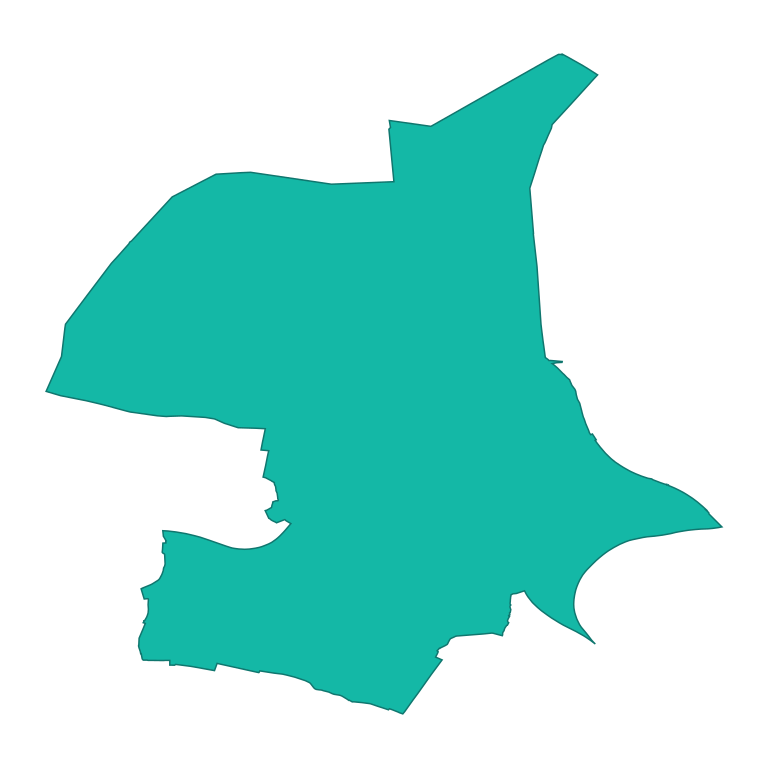 outline of Arnhem, Gelderland, Netherlands
{"feature_id": "6326949B83148599629942", "entity_name": "Arnhem", "entity_type": "district", "adm_level": 2, "iso_a3": "NLD", "parent_name": "Netherlands", "parent_adm1": "Gelderland", "projection": "robinson", "projection_center": [5.9, 52.006], "detail": "fine", "context": "isolated", "style": "filled", "palette": "teal", "viewbox_px": 768, "rotation_deg": 0, "n_neighbors": 0, "source": "geoboundaries", "source_scale": "gbopen_adm2", "svg_char_len": 6025}
<svg xmlns="http://www.w3.org/2000/svg" viewBox="0 0 768 768"><path d="M562.2,54.1L562.1,54.8L561.4,54.6L560.2,54.4L558.5,54.4L548.1,60.0L498.9,87.8L431.2,126.2L430.6,126.3L389.3,120.5L390.5,127.5L388.9,129.2L389.1,131.2L393.9,181.7L331.4,184.2L250.6,172.3L241.3,172.7L216.0,174.2L172.2,196.9L131.3,241.2L130.4,241.6L129.8,242.1L129.4,242.8L128.9,243.8L117.7,256.4L111.3,263.4L87.1,295.4L65.5,324.2L64.9,328.1L61.5,356.5L46.1,391.4L60.7,395.7L81.5,399.8L86.1,400.7L97.6,403.4L103.3,404.8L126.2,411.0L130.2,412.0L157.3,415.8L166.3,416.5L169.2,416.3L181.6,415.9L205.3,417.4L214.5,418.9L224.4,423.3L238.1,427.7L255.1,428.2L265.3,428.7L263.1,439.4L262.7,441.1L261.0,450.0L268.7,450.7L267.5,456.1L265.6,465.8L265.1,468.0L263.1,477.1L265.5,477.7L271.6,480.9L271.8,481.2L274.3,482.5L274.2,483.0L274.6,484.6L275.0,485.4L275.3,485.9L275.6,486.8L276.0,489.7L276.0,490.7L277.1,493.1L277.7,497.4L277.7,498.1L277.8,498.7L278.3,500.0L278.0,500.7L277.3,500.8L275.9,500.8L275.4,501.0L273.9,501.5L272.9,501.9L273.0,502.3L272.7,502.6L272.6,503.4L272.0,505.1L271.5,507.5L266.7,510.2L265.2,510.6L268.8,518.3L269.8,518.7L270.4,519.4L271.7,520.3L273.0,521.0L275.6,522.2L276.5,522.8L284.7,519.6L284.9,519.6L286.0,520.7L290.9,523.6L285.2,530.3L283.2,532.5L279.8,536.0L277.5,538.1L275.9,539.4L272.1,542.1L270.9,542.8L268.5,544.0L264.3,545.7L261.9,546.6L259.2,547.4L255.4,548.2L249.8,549.0L248.6,549.1L244.6,549.3L241.2,549.1L238.9,549.0L235.1,548.5L232.6,548.1L230.7,547.6L226.3,546.2L209.7,540.4L200.2,537.2L194.2,535.6L188.3,534.2L185.7,533.6L176.2,532.0L167.9,531.0L162.8,530.7L163.3,535.4L163.3,536.1L165.9,540.5L165.7,540.5L165.9,542.9L162.9,543.1L162.5,549.6L162.2,552.2L162.6,552.8L162.9,553.1L163.5,553.5L164.2,553.8L164.5,554.1L164.6,554.3L164.7,555.6L164.9,559.7L165.1,563.8L165.0,564.5L164.6,566.1L163.6,568.0L163.2,570.8L162.2,573.6L161.8,574.6L160.1,577.8L159.5,578.8L158.8,579.6L158.0,580.3L152.1,584.0L150.5,584.8L142.7,588.0L142.8,588.1L141.1,588.8L144.2,599.0L147.4,598.7L148.2,598.8L148.3,599.0L148.4,599.4L148.1,604.7L148.4,609.3L148.1,613.0L147.3,615.5L146.7,617.0L146.0,618.3L144.8,620.3L144.6,620.5L144.1,620.8L143.8,620.8L143.8,621.3L143.9,621.5L143.2,622.7L145.3,623.4L142.6,630.0L139.1,638.2L138.8,645.2L138.6,645.3L138.6,646.3L139.2,648.4L139.9,650.4L140.3,651.6L140.7,653.8L141.2,653.7L142.2,658.9L143.2,660.1L146.7,660.1L147.2,660.1L147.6,660.3L148.2,660.4L152.5,660.4L160.6,660.5L164.0,660.5L165.0,660.4L169.8,660.4L169.8,665.1L174.7,665.2L174.8,665.0L175.6,664.4L190.5,666.3L194.0,666.9L214.5,670.6L217.1,663.4L258.7,672.6L259.0,672.5L259.8,670.9L273.9,673.1L278.0,673.6L282.4,674.1L286.8,675.1L294.6,677.1L304.9,680.5L305.0,680.5L308.8,682.3L309.7,682.8L310.1,683.1L310.5,683.5L313.8,687.8L314.9,688.8L316.2,689.4L318.9,689.8L321.0,690.0L322.0,690.2L323.0,690.6L328.9,692.1L332.3,693.7L334.1,694.3L339.6,695.2L340.6,695.5L342.0,696.1L346.5,698.8L348.9,700.4L349.3,700.2L351.9,701.7L352.0,701.6L352.6,701.9L353.7,701.8L361.9,702.6L369.6,703.6L370.9,703.9L377.8,706.3L382.5,707.8L388.5,709.8L389.4,708.7L392.4,709.8L398.9,712.4L399.1,712.6L402.8,713.9L404.8,711.5L412.9,700.1L418.0,693.2L431.2,674.6L442.1,659.9L435.6,657.1L437.4,653.6L437.8,652.7L438.1,651.9L438.1,651.6L437.9,651.4L437.6,651.4L437.1,650.8L439.1,648.6L439.5,648.5L439.4,648.3L440.2,647.9L440.3,648.0L445.2,645.6L446.4,644.9L447.2,644.4L447.6,643.8L448.0,643.1L448.1,642.7L449.4,640.3L449.8,639.5L450.4,638.8L450.8,638.5L454.4,636.9L455.3,636.4L456.3,636.1L457.0,636.0L483.8,633.9L491.6,633.1L492.9,633.2L502.3,635.7L502.6,635.0L502.7,632.7L504.0,630.7L504.4,629.3L504.9,628.0L506.7,625.4L506.9,625.3L507.4,625.2L508.7,622.7L508.0,622.1L507.7,621.6L507.6,621.1L507.5,620.7L508.1,619.0L509.5,616.4L509.6,616.2L508.7,615.9L508.6,615.7L509.0,615.2L509.6,614.8L509.9,614.3L509.8,613.9L509.5,612.9L509.8,612.6L510.3,612.3L510.7,610.0L510.8,609.7L510.3,608.1L509.9,606.8L510.2,605.7L510.8,605.0L510.1,604.1L510.1,602.9L510.3,601.5L510.4,599.4L510.5,598.8L510.7,596.3L510.9,596.1L510.9,595.0L512.5,594.0L513.1,593.8L516.3,593.5L524.5,590.8L526.4,594.4L528.0,596.9L532.3,602.4L533.7,603.8L537.5,607.4L541.5,610.8L547.1,614.9L551.4,617.9L558.8,622.5L563.5,625.2L576.2,631.6L583.5,635.7L585.9,637.2L590.4,640.3L595.3,644.0L593.6,642.3L591.5,640.0L588.8,636.4L586.2,633.1L581.2,627.1L579.6,624.7L578.2,621.9L576.8,619.0L575.5,615.1L574.7,612.5L574.3,610.3L573.9,608.0L573.7,604.3L573.8,601.7L574.0,599.1L574.6,595.1L575.2,592.3L575.8,589.8L576.8,586.8L578.2,583.3L579.9,579.7L580.9,578.0L582.7,575.0L585.2,571.8L587.1,569.6L592.1,564.5L596.1,560.6L599.4,557.7L602.8,554.9L605.7,552.7L608.7,550.6L614.0,547.4L619.8,544.3L625.6,541.8L629.2,540.5L632.8,539.6L642.8,537.5L647.1,536.8L654.8,536.1L662.5,535.1L670.8,533.6L675.6,532.4L678.7,531.8L684.6,530.8L688.6,530.2L695.3,529.5L700.5,529.1L708.1,528.8L712.6,528.4L718.4,527.6L721.9,526.9L709.1,514.1L709.0,513.9L708.7,512.6L705.8,509.8L706.3,509.8L702.6,506.4L697.4,502.0L692.5,498.3L687.0,494.7L683.2,492.4L682.9,492.4L682.8,492.2L678.8,490.1L674.9,488.2L671.2,486.6L668.4,485.5L668.4,484.9L666.7,485.0L666.7,484.3L665.2,484.3L660.3,482.6L653.0,479.8L651.7,478.9L648.1,478.3L645.9,477.6L641.7,476.2L635.7,473.8L631.1,471.7L628.8,470.5L623.5,467.5L619.7,465.1L615.4,462.2L611.3,458.9L609.6,457.3L605.5,453.3L600.1,447.0L597.3,443.4L595.1,440.3L596.2,439.8L592.4,434.0L590.7,434.7L589.4,432.8L588.7,430.6L585.7,423.6L584.3,419.3L583.3,417.0L582.1,412.7L581.7,410.9L581.2,409.0L579.7,403.2L577.5,399.3L576.3,394.8L575.7,391.2L574.9,389.3L571.9,385.4L570.1,381.2L569.6,379.8L566.8,377.4L564.1,374.5L562.7,373.3L557.5,368.0L553.2,364.3L552.2,363.6L556.7,362.7L562.0,362.4L562.2,361.5L550.7,360.5L548.9,360.5L548.0,359.5L545.3,357.5L543.8,346.3L543.0,340.8L542.7,338.3L541.7,330.3L541.3,326.8L541.0,324.4L537.0,266.4L533.3,233.7L533.5,233.5L529.8,188.2L534.8,172.6L538.9,159.4L542.0,150.1L543.5,145.2L544.9,142.8L546.1,140.2L548.1,135.5L550.4,130.5L551.4,128.2L552.1,124.6L571.6,103.4L587.7,85.7L593.3,79.5L597.6,74.9L589.2,69.5L583.2,65.8L567.8,57.1L562.2,54.1Z" fill="#14b8a6" stroke="#0f766e" stroke-width="1.5"/></svg>